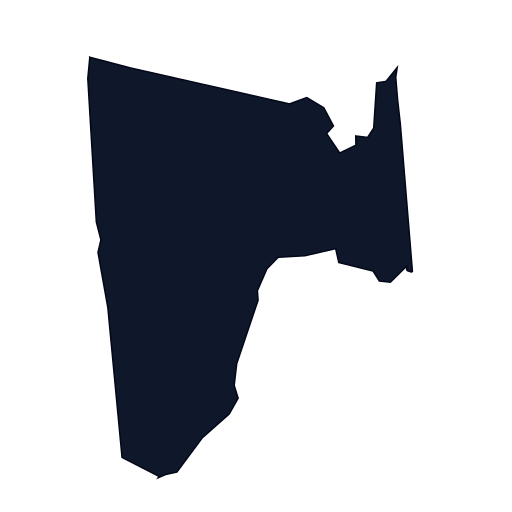 Hertford, North Carolina, United States of America, rotated 85°
{"feature_id": "52423323B21555121079401", "entity_name": "Hertford", "entity_type": "district", "adm_level": 2, "iso_a3": "USA", "parent_name": "United States of America", "parent_adm1": "North Carolina", "projection": "albers", "projection_center": [-76.982, 36.392], "detail": "fine", "context": "isolated", "style": "filled", "palette": "ink", "viewbox_px": 512, "rotation_deg": 85, "n_neighbors": 0, "source": "geoboundaries", "source_scale": "gbopen_adm2", "svg_char_len": 818}
<svg xmlns="http://www.w3.org/2000/svg" viewBox="0 0 512 512"><g transform="rotate(85 256 256)"><path d="M445.0,407.0L467.1,371.8L468.4,372.8L465.8,365.0L464.3,353.6L432.4,325.3L411.0,296.4L396.1,286.2L383.0,289.0L361.6,284.6L300.3,257.8L290.6,257.6L269.7,246.2L259.2,234.0L260.0,207.2L255.6,176.0L269.7,174.1L281.2,140.7L291.7,135.3L293.8,124.4L279.4,107.0L282.9,107.1L283.8,106.5L285.5,102.7L285.1,101.6L283.8,101.5L137.3,100.7L112.9,101.3L90.1,101.2L80.5,98.9L93.4,111.3L94.0,120.7L138.8,127.6L147.6,134.5L145.1,146.2L154.3,146.8L160.7,163.6L140.1,175.0L133.2,167.5L114.3,175.5L102.6,191.6L107.4,209.5L106.4,212.5L58.3,362.8L57.6,364.9L43.6,404.0L43.9,404.1L43.7,404.3L43.9,404.3L64.5,408.1L208.2,412.1L226.4,409.1L238.6,413.1L294.5,408.1L445.0,407.0Z" fill="#0f172a" stroke="#020617" stroke-width="1.5"/></g></svg>